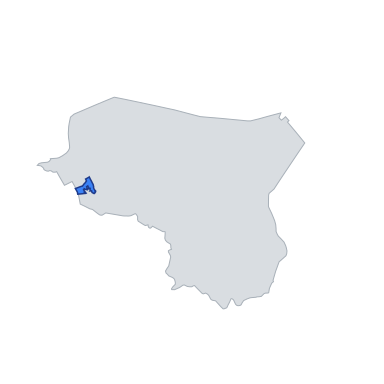 Al-Mejar Al-Kabir, Maysan, Iraq shown in context, rotated 151°
{"feature_id": "34846034B74630941173951", "entity_name": "Al-Mejar Al-Kabir", "entity_type": "district", "adm_level": 2, "iso_a3": "IRQ", "parent_name": "Iraq", "parent_adm1": "Maysan", "projection": "orthographic", "projection_center": [47.287, 31.432], "detail": "fine", "context": "in_parent", "style": "filled", "palette": "blue", "viewbox_px": 384, "rotation_deg": 151, "n_neighbors": 0, "source": "geoboundaries", "source_scale": "gbopen_adm2", "svg_char_len": 4905}
<svg xmlns="http://www.w3.org/2000/svg" viewBox="0 0 384 384"><g transform="rotate(151 192 192)"><path d="M164.2,74.1L166.5,73.6L171.0,70.2L173.6,66.9L174.4,66.7L176.6,67.9L178.2,68.2L182.0,67.1L184.2,67.9L186.0,68.8L187.0,68.9L191.9,71.1L193.1,71.4L195.7,71.8L199.5,72.0L202.0,70.7L203.8,69.5L205.0,69.5L206.2,69.9L207.2,70.5L208.0,71.5L208.3,72.9L208.0,77.4L208.4,78.6L209.0,79.5L209.9,79.6L210.9,78.7L212.8,77.3L215.1,75.8L216.8,74.5L217.8,73.9L219.3,74.1L220.8,74.3L221.6,75.0L221.6,75.3L222.3,77.4L224.1,85.3L225.2,86.3L226.4,87.2L227.3,88.4L227.6,89.6L227.5,91.4L227.5,93.6L228.0,95.2L228.7,96.4L229.3,97.1L230.4,97.2L231.6,97.5L232.4,98.7L234.9,107.8L235.1,108.9L236.2,109.3L238.1,109.2L239.9,110.2L241.9,111.7L243.8,114.4L245.1,114.9L249.1,114.5L254.6,115.0L257.1,116.5L256.8,117.3L254.9,118.3L251.3,119.4L250.3,121.3L249.7,123.8L249.8,125.2L250.6,126.8L253.0,129.9L253.2,131.0L253.6,132.6L254.0,133.7L253.5,135.7L251.2,137.1L248.2,138.6L242.2,145.4L241.7,146.9L241.7,151.0L241.1,152.1L239.2,152.1L237.7,151.8L237.6,153.3L236.6,155.2L236.1,156.8L238.2,160.7L238.6,162.8L238.2,164.7L236.1,167.9L234.8,170.1L235.1,170.6L236.7,171.5L241.5,178.7L243.1,181.2L245.2,180.6L246.0,180.6L246.6,181.1L247.0,181.9L247.0,183.0L246.4,184.6L249.1,185.3L250.1,186.9L253.2,192.5L253.0,194.2L251.5,196.8L251.5,198.5L251.8,200.1L252.2,200.6L256.9,200.9L258.9,201.6L263.7,204.4L269.2,208.8L273.7,212.4L277.6,215.5L281.7,215.3L282.8,215.8L283.9,216.8L285.1,219.3L287.5,225.0L289.5,226.8L292.6,231.4L295.6,235.6L293.7,241.4L291.8,247.4L291.8,255.2L291.8,259.3L295.9,259.5L300.3,259.7L300.4,264.7L300.5,269.7L300.5,275.4L301.9,275.6L304.0,276.8L304.9,278.7L306.0,279.7L307.4,279.8L308.8,280.7L310.1,282.4L310.6,283.6L310.3,284.5L310.6,286.0L311.5,288.1L312.7,289.1L314.4,290.3L312.0,291.1L309.5,290.5L303.9,288.1L302.1,288.0L299.8,289.0L299.7,289.8L293.9,287.1L291.7,286.5L291.0,286.5L287.7,286.5L282.9,287.0L280.1,288.1L278.2,289.4L277.3,290.5L277.0,291.2L275.4,294.7L273.7,299.2L271.8,303.2L268.2,308.9L266.2,311.5L262.0,316.4L257.4,317.3L246.8,316.2L235.0,315.0L223.3,313.7L214.6,312.7L213.9,312.5L205.4,305.3L198.8,299.6L190.5,292.4L182.1,285.1L173.7,277.7L167.5,272.3L160.2,265.3L153.5,258.9L148.2,253.9L141.4,249.3L136.1,245.8L128.4,240.6L122.3,236.4L117.0,232.8L109.0,227.3L106.3,225.8L97.8,223.5L89.8,221.6L81.4,219.5L75.9,218.1L79.9,214.8L79.0,211.5L76.2,211.9L73.7,212.5L72.6,207.4L74.6,206.9L73.3,200.3L72.0,193.5L70.8,186.9L69.6,180.2L76.9,176.5L82.4,173.7L90.0,169.8L97.4,166.0L104.4,162.4L112.1,158.4L118.9,154.8L125.1,153.5L126.4,152.3L129.5,147.0L132.1,142.4L132.3,141.4L132.7,134.7L133.6,127.0L134.6,122.9L136.2,119.3L137.6,116.7L137.9,114.1L137.9,111.6L136.8,107.7L135.8,103.6L136.1,99.7L136.5,97.7L137.5,94.4L139.1,92.1L140.7,90.7L146.4,89.4L149.7,88.7L154.4,84.6L157.2,82.2L161.0,78.4L163.9,75.5L164.2,74.5L164.2,74.1Z" fill="#d9dde1" stroke="#a8b0b8" stroke-width="1"/><path d="M278.8,254.9L278.8,254.5L278.8,254.0L278.9,253.5L279.0,253.2L279.0,252.8L279.2,252.7L279.6,252.5L279.9,252.4L280.0,252.3L281.3,251.7L281.7,251.6L282.0,251.6L283.6,250.9L284.0,250.7L284.5,250.5L284.6,250.4L284.8,250.3L285.1,250.3L285.3,250.3L285.5,250.5L285.9,250.6L286.3,250.7L286.8,250.7L287.2,250.8L288.3,251.0L288.6,251.0L291.3,251.4L291.5,251.4L292.1,251.4L292.3,251.5L292.3,251.0L292.3,249.7L292.3,248.6L292.3,247.7L292.3,247.4L292.4,247.1L292.8,246.1L293.0,245.5L291.4,244.8L288.9,243.7L287.1,243.0L286.5,242.7L285.8,242.4L285.5,242.3L285.2,242.3L285.3,242.6L285.3,243.1L285.4,243.6L285.8,243.6L286.0,243.6L286.2,244.1L285.9,244.1L285.5,244.2L285.5,244.6L285.6,244.9L285.6,245.4L285.8,246.3L285.8,246.6L285.4,246.8L285.1,246.9L284.8,247.0L284.7,247.1L284.5,246.7L284.4,246.7L284.3,246.3L284.0,246.0L283.8,245.8L283.7,245.7L283.3,245.4L283.0,245.1L282.7,245.0L282.4,244.8L282.3,244.6L282.0,244.7L281.7,244.8L281.4,245.0L281.2,245.3L281.3,245.4L281.5,245.5L281.8,245.8L281.9,246.0L282.0,246.1L282.1,246.3L281.9,246.6L281.8,246.8L281.6,247.1L281.6,247.4L281.5,247.6L281.5,247.8L280.9,247.8L280.6,247.9L280.4,247.9L280.2,247.9L280.3,247.4L280.2,246.6L280.2,246.2L280.1,245.2L280.0,244.9L279.8,244.6L280.0,244.3L280.0,244.1L280.0,243.8L279.7,243.9L280.0,243.4L280.2,243.0L280.3,242.6L280.7,242.4L280.3,242.2L280.0,242.0L279.6,241.8L279.3,241.7L279.2,241.5L279.3,241.3L279.5,241.0L279.6,240.7L279.6,240.1L279.5,239.7L279.4,239.5L279.2,239.4L278.9,239.1L278.7,238.6L278.6,238.4L278.4,238.1L277.9,238.2L277.5,238.4L277.3,238.3L277.1,238.4L276.9,238.7L276.4,238.8L276.1,239.0L275.9,239.5L276.2,239.6L276.4,240.0L276.0,240.4L276.2,241.0L276.2,241.7L276.2,242.3L276.1,242.9L276.0,243.3L275.8,243.9L275.5,244.2L275.3,244.9L275.3,245.0L275.1,245.5L274.9,246.1L274.8,246.9L274.8,247.6L274.8,248.4L274.8,249.0L274.7,249.7L274.7,250.4L274.7,251.2L274.7,252.1L274.7,252.9L274.6,254.0L274.6,255.0L274.9,254.9L275.6,254.9L278.0,254.9L278.3,254.9L278.6,254.9L278.8,254.9Z" fill="#3b82f6" stroke="#1e3a8a" stroke-width="1.5"/></g></svg>